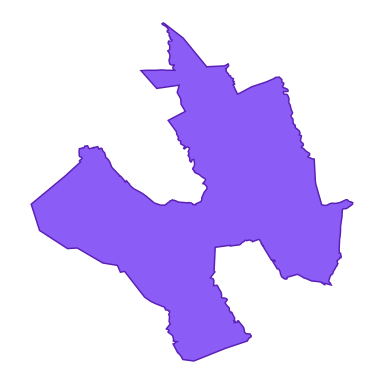 the district of Temixco, Morelos, Mexico
{"feature_id": "50627088B89328019749964", "entity_name": "Temixco", "entity_type": "district", "adm_level": 2, "iso_a3": "MEX", "parent_name": "Mexico", "parent_adm1": "Morelos", "projection": "orthographic", "projection_center": [-99.256, 18.848], "detail": "fine", "context": "isolated", "style": "filled", "palette": "violet", "viewbox_px": 384, "rotation_deg": 0, "n_neighbors": 0, "source": "geoboundaries", "source_scale": "gbopen_adm2", "svg_char_len": 5958}
<svg xmlns="http://www.w3.org/2000/svg" viewBox="0 0 384 384"><path d="M84.8,146.1L84.0,147.8L82.2,147.9L81.6,148.3L79.4,148.7L79.0,152.2L79.3,153.8L79.1,154.8L79.5,156.2L79.6,156.6L81.8,157.5L81.8,158.4L81.9,158.5L81.6,159.0L80.0,160.2L79.4,161.0L80.5,162.0L67.4,173.9L66.6,174.8L31.2,204.2L39.6,230.5L67.5,248.6L77.2,248.0L102.9,263.0L117.5,265.4L120.4,272.2L124.6,271.4L144.6,297.1L150.8,301.4L155.4,303.6L164.6,307.2L165.5,309.8L167.7,310.2L168.2,310.4L168.5,311.0L169.5,311.0L169.5,313.1L168.7,314.4L169.5,316.6L169.1,321.4L170.2,324.0L166.3,328.9L166.5,329.2L167.8,329.4L169.0,330.4L169.0,330.6L168.0,332.0L168.3,332.4L171.5,334.6L172.1,335.4L172.5,335.5L172.7,335.8L173.7,340.1L173.2,340.9L173.4,341.1L176.9,341.7L175.4,342.6L173.9,344.1L173.6,343.8L172.6,343.5L173.0,343.8L178.0,353.3L178.0,352.6L180.7,355.7L182.8,359.5L193.8,361.0L225.8,348.2L247.3,341.0L248.7,338.5L249.7,337.7L251.1,336.8L251.1,335.6L250.0,334.0L246.1,333.7L244.5,332.1L244.2,329.6L243.6,327.6L243.0,326.6L239.5,322.4L238.6,320.9L237.9,320.8L237.6,322.2L234.3,322.6L234.4,322.3L235.0,322.2L235.3,321.5L234.9,321.6L234.3,321.3L233.7,320.6L234.5,320.1L234.6,317.7L234.3,317.4L232.5,314.1L232.3,313.2L231.6,312.2L230.8,312.7L229.4,310.5L229.2,307.9L226.3,304.8L225.1,302.9L227.3,299.8L226.6,298.7L224.8,298.1L222.7,298.0L221.5,297.3L221.6,294.3L220.8,291.6L219.4,289.6L217.5,285.7L216.6,285.2L213.6,285.7L213.9,280.7L213.3,279.0L210.4,277.7L214.9,271.9L214.1,270.8L215.2,247.3L230.1,245.3L230.2,246.0L231.0,245.9L239.7,244.8L239.9,244.7L242.7,242.0L243.6,241.8L245.2,240.2L246.5,240.7L249.9,239.9L251.1,240.8L252.4,241.1L252.7,241.2L252.7,241.6L258.0,239.6L259.4,239.6L261.6,243.2L261.2,243.4L262.0,244.8L262.9,246.2L263.3,245.8L264.0,247.9L271.5,260.2L274.6,260.1L275.1,261.2L272.7,261.3L277.2,268.8L278.8,269.1L280.3,272.0L280.2,273.0L280.5,273.6L281.3,276.1L282.2,277.4L283.0,277.7L283.8,278.4L284.6,278.9L286.4,279.1L286.9,278.8L287.1,278.4L287.0,277.3L297.6,274.3L301.7,276.5L304.0,278.0L305.2,278.2L311.4,280.9L318.8,281.7L321.5,282.3L322.2,282.6L322.1,283.1L323.7,283.7L323.6,284.1L324.8,284.7L325.2,283.4L331.2,285.0L330.3,283.2L329.1,281.8L328.8,281.0L328.9,280.4L330.0,276.9L331.0,274.8L331.6,274.7L331.9,274.5L332.9,273.3L333.1,272.0L333.7,270.7L334.6,269.5L336.1,266.7L336.6,266.4L336.7,265.6L337.1,265.3L337.2,264.3L337.9,263.8L337.4,262.6L337.1,260.7L339.0,259.2L339.7,258.4L339.7,257.5L340.9,257.7L341.3,256.6L340.7,254.6L340.6,253.3L339.3,253.1L339.2,248.0L339.6,239.3L340.1,236.3L340.5,231.6L340.6,226.0L342.0,216.6L342.3,209.9L343.1,208.8L346.5,208.6L352.4,204.4L352.8,202.8L351.7,202.1L348.8,201.3L347.4,199.8L346.7,199.7L345.6,199.9L342.1,201.6L339.4,202.7L335.3,203.4L331.7,203.2L329.9,203.7L326.8,205.3L324.6,205.4L321.7,204.8L315.8,184.1L315.4,181.5L314.2,159.0L312.9,159.0L307.9,157.0L308.4,156.0L309.2,155.5L309.7,154.8L309.5,153.4L305.6,150.8L303.9,148.8L301.7,147.6L301.5,147.2L301.6,146.6L302.9,145.8L303.2,145.3L303.4,144.7L303.0,143.4L301.3,142.1L300.5,141.0L300.5,140.5L301.4,136.0L301.2,135.6L300.8,135.3L299.4,135.1L299.2,134.5L300.1,133.0L299.4,131.2L298.9,130.5L295.1,127.4L295.3,125.9L295.2,125.4L294.6,124.6L293.4,123.8L293.2,123.4L292.9,118.9L291.1,116.9L291.0,115.8L292.6,112.9L291.2,109.5L290.0,104.6L289.1,103.3L288.7,102.0L289.0,100.3L288.9,99.9L289.0,98.7L288.5,97.0L287.2,94.6L283.9,94.0L283.2,92.5L283.4,91.9L283.8,91.6L287.0,91.6L288.0,91.3L288.1,90.6L287.8,89.7L286.9,88.9L284.4,87.9L283.3,87.7L282.9,87.4L282.6,86.9L283.8,83.8L283.5,82.8L282.1,82.4L281.9,82.0L281.8,79.5L279.1,77.0L277.8,77.3L275.3,77.4L274.4,78.4L266.1,82.0L251.6,86.8L240.5,92.8L237.5,94.1L234.3,87.4L233.2,84.6L234.6,84.2L234.4,83.3L233.2,82.0L234.0,81.5L232.9,80.4L233.4,78.7L231.3,77.8L230.7,76.8L230.5,75.9L229.6,75.8L229.2,75.6L228.4,73.9L226.2,71.5L226.2,69.2L225.7,68.7L227.5,67.3L228.4,66.1L228.7,65.3L228.1,63.9L224.5,65.9L207.8,66.7L206.8,66.9L183.2,38.1L164.1,23.3L163.2,23.0L162.5,23.3L162.0,23.9L162.8,24.7L164.6,25.6L166.5,27.0L168.3,29.2L168.5,30.1L167.6,30.5L167.1,30.9L167.4,32.1L168.2,32.4L169.2,33.2L169.1,34.6L169.3,36.3L170.2,36.9L170.0,38.0L170.4,39.1L171.7,39.4L172.0,40.6L170.7,41.3L168.6,41.1L168.1,43.0L168.8,44.4L169.7,45.3L169.7,48.4L169.4,49.9L167.8,50.9L169.2,53.0L170.0,55.5L169.8,57.8L169.0,59.9L169.5,63.0L170.0,64.2L171.4,65.0L174.1,64.8L174.1,65.6L173.2,66.3L172.8,67.8L173.3,68.9L174.7,70.3L167.3,70.3L161.9,69.9L155.6,70.3L146.5,70.3L141.0,70.6L156.7,88.4L179.2,85.2L177.2,92.5L180.7,98.8L181.1,104.3L185.3,111.4L168.2,120.4L176.4,131.7L176.7,134.0L178.5,137.6L178.0,139.5L179.2,140.6L180.5,140.8L180.8,141.6L180.6,143.1L180.9,144.0L184.9,146.3L183.6,148.3L184.4,148.9L187.3,146.7L189.4,148.0L189.5,149.0L188.2,151.3L188.8,153.5L188.8,154.3L188.1,155.4L189.4,157.2L189.7,158.7L189.6,160.4L190.6,161.9L191.5,161.9L192.0,160.0L193.8,159.4L194.4,162.1L194.5,165.7L192.8,168.3L192.7,169.1L194.6,171.2L194.2,171.5L194.7,172.2L196.1,173.2L198.9,174.3L202.2,177.1L204.7,178.5L205.2,179.0L205.5,179.8L204.6,181.5L203.4,182.6L202.9,183.6L203.0,183.8L203.3,183.9L204.0,183.5L206.4,186.1L207.0,187.1L206.9,188.9L204.2,192.2L201.8,197.8L201.8,199.6L201.3,201.0L200.4,201.8L195.8,203.9L195.7,204.8L194.6,205.0L193.9,204.5L192.2,204.6L193.1,204.2L191.1,203.0L190.4,202.7L188.3,202.6L187.6,202.8L187.6,203.0L185.4,202.6L180.4,202.3L178.4,202.0L174.4,200.3L173.6,200.5L172.5,199.8L171.1,200.6L170.1,200.9L169.4,201.8L167.8,202.8L165.2,205.1L160.6,205.1L154.3,203.0L147.3,197.1L143.8,194.4L141.0,192.6L134.2,189.0L132.6,187.8L130.0,185.4L129.1,183.7L128.3,182.8L126.9,181.7L127.1,181.4L126.4,180.7L125.4,181.4L125.2,182.7L124.9,181.4L123.8,179.8L121.5,177.1L120.2,175.9L119.6,176.1L119.6,175.8L118.4,174.0L118.0,173.9L111.7,167.1L109.9,162.3L108.3,159.7L106.8,158.1L106.1,157.9L105.6,157.2L105.5,155.6L104.9,154.2L104.6,152.7L102.9,151.1L102.6,150.5L102.2,148.9L101.6,148.5L100.9,148.2L98.9,149.1L97.7,146.6L95.5,147.1L93.9,147.9L93.7,147.4L90.1,148.7L88.7,148.2L87.6,145.8L84.8,146.1Z" fill="#8b5cf6" stroke="#5b21b6" stroke-width="1.5"/></svg>